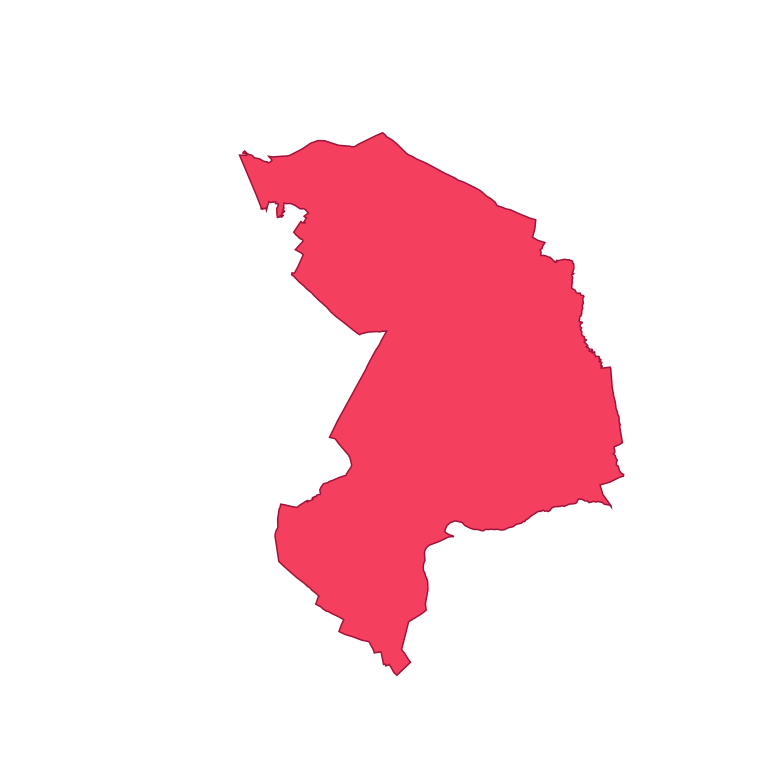 the district of Secas, Arad, Romania, rotated 308°
{"feature_id": "2599482B87304123778609", "entity_name": "Secas", "entity_type": "district", "adm_level": 2, "iso_a3": "ROU", "parent_name": "Romania", "parent_adm1": "Arad", "projection": "orthographic", "projection_center": [21.803, 45.915], "detail": "fine", "context": "isolated", "style": "filled", "palette": "rose", "viewbox_px": 768, "rotation_deg": 308, "n_neighbors": 0, "source": "geoboundaries", "source_scale": "gbopen_adm2", "svg_char_len": 6171}
<svg xmlns="http://www.w3.org/2000/svg" viewBox="0 0 768 768"><g transform="rotate(308 384 384)"><path d="M536.5,551.7L531.5,546.9L530.3,545.1L532.4,545.0L532.5,544.7L532.0,543.6L532.3,543.1L535.0,542.5L535.1,542.1L534.0,540.4L534.1,539.7L534.8,539.5L535.7,540.3L536.7,540.0L536.8,539.5L536.1,538.0L537.9,537.0L538.0,536.4L537.1,535.1L535.9,533.9L536.7,533.1L537.0,531.5L538.8,530.5L538.8,529.8L537.2,529.4L536.8,528.4L539.1,527.6L539.4,526.9L539.2,526.2L536.9,526.7L536.4,526.3L536.3,525.7L536.5,524.9L538.3,524.6L537.8,523.3L538.6,522.3L537.7,520.8L538.2,520.3L539.7,520.8L540.1,519.0L540.4,515.7L541.1,515.6L542.5,516.5L543.4,516.2L542.9,514.4L544.6,512.5L544.2,510.5L545.2,508.8L547.1,507.7L547.5,505.6L549.9,505.2L550.0,504.5L549.7,503.4L550.1,502.8L552.1,501.9L553.9,502.6L554.6,502.3L554.6,501.7L553.3,499.7L553.6,498.9L554.9,498.5L557.8,496.7L558.7,497.3L561.4,496.4L563.1,494.9L566.2,493.9L567.7,492.1L570.4,491.3L573.6,488.1L576.0,487.7L576.3,487.0L576.3,486.1L575.5,485.2L575.4,484.5L576.4,482.4L575.0,481.3L574.4,479.3L575.6,476.6L575.1,473.9L575.4,472.6L577.9,470.9L580.4,469.8L582.0,467.8L583.7,467.6L585.3,464.8L586.0,464.6L587.2,465.6L587.9,465.6L587.7,464.1L592.1,462.4L595.4,459.6L595.5,458.4L596.7,457.1L596.8,455.9L595.9,454.3L596.1,453.6L595.0,452.4L593.3,449.3L588.2,445.1L587.8,443.9L586.9,443.9L586.1,444.8L585.5,444.5L585.3,443.8L586.1,436.9L585.2,435.1L584.4,432.1L583.2,430.0L582.6,429.6L581.9,428.2L584.8,426.5L585.8,424.5L588.2,425.1L589.9,424.2L594.6,423.8L591.9,416.7L591.1,410.6L598.9,407.5L606.8,402.5L604.5,396.7L601.4,385.7L599.0,376.0L597.0,372.0L596.0,368.1L594.4,364.2L594.5,362.4L595.6,360.0L595.7,359.0L595.8,354.2L595.2,348.8L595.7,341.7L595.0,336.3L592.2,322.8L590.2,316.7L590.0,313.2L587.4,301.6L584.1,281.9L581.3,270.8L580.8,266.5L579.6,261.4L579.6,259.5L581.2,245.2L581.2,238.9L580.4,233.8L581.1,231.4L581.1,228.2L574.1,224.4L557.6,216.4L552.7,214.6L551.1,212.6L550.4,210.8L544.1,201.1L539.1,187.4L535.2,182.1L528.5,177.9L519.5,175.1L506.2,169.0L504.1,167.3L494.5,156.5L492.4,153.0L491.6,157.3L491.1,158.0L488.0,157.4L486.9,156.3L487.3,155.4L486.3,153.9L485.4,151.7L484.8,147.2L482.3,142.4L482.9,140.7L482.8,138.9L481.3,134.9L481.8,130.8L479.9,130.3L478.9,130.9L480.3,132.8L480.2,134.7L479.5,135.1L475.4,129.2L455.0,165.8L448.0,177.7L446.4,179.3L446.9,179.9L446.7,180.4L446.9,180.8L447.6,180.4L448.3,181.0L448.3,181.6L449.8,182.5L448.4,184.5L453.5,182.2L457.0,181.1L457.1,182.7L460.7,186.3L460.5,186.8L459.4,187.4L460.9,189.7L458.5,191.1L456.5,191.3L452.0,195.0L449.6,197.5L450.9,198.7L451.7,198.4L453.5,199.1L452.6,199.3L452.1,200.1L452.7,200.7L454.9,200.8L454.9,200.4L454.3,199.8L455.6,198.5L456.5,198.0L457.0,199.2L459.0,199.3L459.1,198.3L458.5,198.0L459.2,197.0L461.2,196.9L461.3,196.0L465.0,193.9L466.3,196.5L467.9,198.1L469.1,200.2L470.0,204.3L470.5,210.4L471.5,211.2L471.9,212.1L472.7,212.4L473.0,214.7L472.1,219.1L466.9,217.7L466.8,218.8L467.4,220.6L461.8,221.1L463.0,223.2L460.6,220.3L461.0,219.2L460.8,218.4L448.0,219.4L447.2,223.5L447.4,225.7L446.8,226.6L447.1,227.6L446.9,228.8L447.6,230.8L446.9,232.3L435.2,231.4L436.3,237.9L436.2,240.8L423.1,244.0L416.3,245.1L415.8,244.7L415.1,243.1L413.2,243.9L413.3,246.3L412.2,254.4L411.9,261.0L411.4,263.8L411.3,270.9L410.8,273.1L409.8,281.9L409.3,291.5L408.0,297.9L407.6,304.7L407.7,315.4L407.5,326.7L407.7,333.6L407.9,334.5L409.5,335.1L415.3,339.7L420.7,345.8L422.6,348.8L424.4,350.1L427.3,353.5L417.3,355.0L412.1,356.2L404.6,356.8L388.9,359.5L384.7,360.6L326.2,370.1L308.4,373.9L310.8,379.2L309.0,385.5L306.1,400.0L305.6,400.6L305.4,401.9L300.4,408.3L298.4,409.2L292.8,409.5L288.6,410.2L282.9,406.3L275.8,402.5L273.6,400.9L271.9,400.5L268.0,397.7L263.7,397.9L260.9,398.7L258.2,401.7L257.4,401.5L256.8,400.7L254.9,399.4L253.5,399.8L252.9,398.8L250.3,397.7L249.7,397.8L249.8,398.9L249.0,398.9L244.0,396.2L244.1,395.9L245.2,395.6L244.9,395.2L236.6,392.2L233.1,391.4L229.2,383.7L227.9,380.5L225.7,376.6L222.5,378.1L221.0,378.3L212.0,383.4L205.7,388.7L202.3,389.2L199.0,390.5L197.1,391.7L179.4,410.4L178.7,417.4L177.7,434.6L177.9,443.7L177.4,448.6L177.8,451.2L177.1,454.1L177.2,459.4L176.6,463.5L175.9,463.2L168.5,465.8L169.5,471.4L169.2,474.1L169.5,478.3L170.4,480.1L171.1,484.9L172.4,490.2L173.5,497.4L168.5,498.5L161.2,500.9L162.7,507.7L165.3,514.2L168.5,524.3L171.7,530.7L168.6,538.0L167.1,540.7L166.1,541.9L171.1,546.6L162.7,556.3L164.1,557.5L162.9,558.9L165.5,560.7L166.3,560.9L162.7,569.6L162.4,573.5L181.1,576.2L182.1,572.4L184.4,566.3L185.4,561.6L185.7,561.3L211.8,549.8L226.0,555.1L231.7,556.5L236.2,552.0L248.6,545.5L254.2,540.9L256.4,538.6L258.3,534.9L260.4,532.3L261.0,530.4L263.5,527.9L266.9,525.8L270.2,524.9L274.6,520.9L276.7,519.3L279.0,518.4L282.7,518.3L285.2,519.1L294.9,525.0L302.5,528.7L304.6,530.3L306.4,532.6L306.8,532.5L306.6,531.5L305.4,528.2L305.1,526.2L305.0,524.1L305.3,522.5L310.5,520.8L315.4,521.5L319.9,524.3L322.6,529.9L323.1,531.0L322.5,532.9L322.3,535.2L323.6,541.2L324.7,544.2L327.1,547.6L328.7,551.6L329.7,552.8L332.1,553.5L333.4,555.7L335.5,557.8L337.5,561.0L338.3,561.5L339.7,563.4L340.9,566.0L343.0,568.4L347.4,570.6L350.9,573.5L355.7,575.0L356.3,576.0L357.7,576.7L358.5,577.7L361.7,578.6L362.1,579.6L364.3,579.5L367.0,580.6L369.7,580.9L378.1,583.8L379.5,584.9L380.2,586.2L381.9,586.7L382.6,587.3L382.6,588.9L383.9,590.0L384.6,591.9L386.9,592.7L389.4,592.4L392.4,594.0L393.8,595.8L394.7,596.3L394.8,597.0L395.6,597.8L397.5,599.3L398.2,600.2L398.5,601.3L403.2,603.8L407.3,608.1L409.3,608.9L410.8,608.3L413.0,608.2L413.6,608.5L414.1,609.8L415.0,611.0L415.6,614.4L416.9,616.0L416.8,618.6L418.6,620.2L420.2,621.0L421.4,623.5L423.2,625.1L424.7,628.2L425.1,629.5L424.9,631.5L427.6,636.7L427.0,638.8L427.7,638.1L431.7,624.5L437.4,616.4L446.1,622.6L455.7,627.2L458.7,629.4L460.3,628.5L460.0,627.5L459.9,625.0L460.9,622.5L463.4,619.3L463.3,616.9L465.8,615.2L467.5,614.8L468.2,613.3L468.4,612.1L470.0,610.5L470.1,607.6L471.7,608.0L472.5,607.8L473.9,606.6L474.6,605.2L476.3,604.1L481.5,606.9L484.5,608.0L496.4,595.1L497.3,595.4L498.9,592.7L503.0,589.2L504.1,586.6L505.5,585.4L507.4,582.2L512.4,577.1L516.5,571.6L517.2,571.2L521.6,566.1L535.2,553.7L535.9,553.0L535.6,552.7L536.5,551.7Z" fill="#f43f5e" stroke="#9f1239" stroke-width="1.5"/></g></svg>